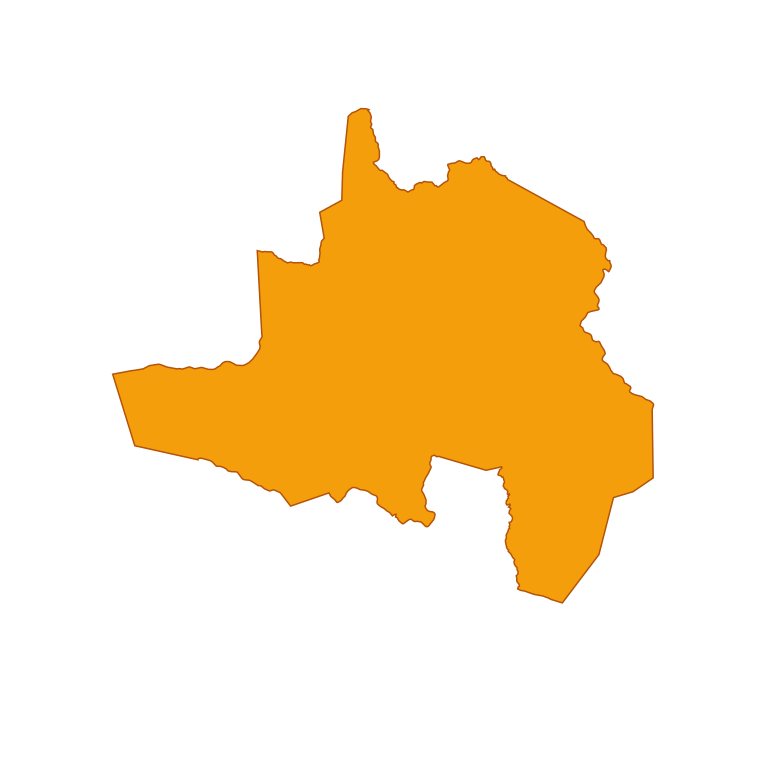 Moroceli, El Paraíso, Honduras (orthographic projection), rotated 250°
{"feature_id": "27666195B80695499331082", "entity_name": "Moroceli", "entity_type": "district", "adm_level": 2, "iso_a3": "HND", "parent_name": "Honduras", "parent_adm1": "El Paraíso", "projection": "orthographic", "projection_center": [-86.851, 14.169], "detail": "fine", "context": "isolated", "style": "filled", "palette": "amber", "viewbox_px": 768, "rotation_deg": 250, "n_neighbors": 0, "source": "geoboundaries", "source_scale": "gbopen_adm2", "svg_char_len": 6171}
<svg xmlns="http://www.w3.org/2000/svg" viewBox="0 0 768 768"><g transform="rotate(250 384 384)"><path d="M422.7,638.3L423.0,637.2L423.7,636.5L426.1,635.5L427.1,635.4L428.5,635.7L431.9,637.4L433.9,638.9L436.0,639.3L439.8,637.6L440.4,636.8L441.4,636.1L445.6,636.0L446.6,635.7L447.4,634.7L448.3,632.0L449.0,631.4L451.9,631.1L454.8,630.2L459.7,627.9L464.1,627.4L468.2,627.6L533.8,570.2L535.5,570.0L536.9,569.1L538.0,569.4L539.4,566.6L541.8,563.9L544.7,562.5L545.5,561.7L548.1,561.4L548.2,561.0L547.8,560.3L548.4,559.6L549.8,560.0L551.2,559.8L552.5,559.3L554.7,559.8L556.2,559.7L557.3,559.0L558.0,557.2L559.0,556.2L559.9,556.0L562.5,556.1L563.3,555.8L563.9,554.4L564.2,552.8L564.0,552.2L562.8,551.0L562.5,549.7L564.7,548.8L564.8,545.5L564.2,543.7L562.5,541.8L562.2,539.8L563.6,536.3L567.3,532.2L568.0,531.0L568.1,529.9L567.4,526.7L568.3,522.6L568.5,519.1L568.1,518.8L567.2,518.7L562.8,518.9L561.9,518.2L561.3,517.2L557.8,514.9L555.0,514.5L553.7,513.9L553.1,512.8L552.7,509.6L550.5,502.9L550.8,501.9L552.6,500.9L552.9,499.6L557.3,498.1L558.7,494.4L560.5,491.2L560.6,490.2L559.9,488.1L560.8,487.3L561.1,486.3L560.7,482.1L559.9,480.4L557.8,479.4L556.8,478.5L556.8,475.5L556.2,472.2L559.5,469.4L560.4,466.8L562.2,464.6L563.0,464.1L563.8,464.0L564.5,463.0L567.0,463.2L568.9,461.8L570.7,462.5L572.0,460.9L574.7,459.7L576.2,459.3L579.9,459.0L585.3,455.5L585.7,454.9L585.7,454.0L586.6,453.0L591.7,451.3L593.7,450.0L595.0,449.7L595.7,449.7L596.0,450.1L596.1,453.8L596.7,455.5L597.4,456.4L599.1,457.4L604.3,459.3L609.4,459.7L611.2,460.6L612.4,460.4L615.0,458.9L618.8,460.3L621.9,459.5L627.0,460.5L629.4,459.1L630.5,459.5L631.2,460.6L631.8,461.0L632.8,461.3L635.5,461.2L639.2,463.4L643.4,463.5L646.6,462.4L646.8,463.7L647.8,462.8L649.0,460.7L650.7,456.4L649.7,450.5L649.8,446.9L647.8,442.0L597.4,417.6L571.1,407.2L567.3,382.3L541.5,377.7L539.8,374.5L538.9,373.6L536.3,372.3L532.5,369.6L528.7,368.6L523.9,366.1L522.7,365.0L521.5,365.1L520.8,364.7L520.5,363.5L520.6,359.4L520.2,357.6L520.2,355.6L521.5,354.6L522.0,353.2L523.5,351.3L523.7,350.2L525.5,349.2L526.1,348.4L528.8,340.5L530.5,337.9L530.8,334.7L534.4,331.6L537.1,329.8L537.8,328.3L538.9,327.2L541.1,326.5L542.6,325.1L544.8,324.7L546.4,323.8L547.0,322.7L548.3,319.1L549.1,317.8L549.7,314.9L552.7,310.5L472.3,286.1L470.7,285.9L469.8,285.3L466.8,281.6L464.7,280.8L461.7,280.5L459.4,279.1L456.2,275.0L452.3,269.1L450.3,264.5L449.6,260.3L449.6,257.8L452.0,251.9L457.5,246.9L458.8,244.3L459.3,242.2L459.1,239.9L457.1,235.9L456.9,233.8L456.0,230.5L456.2,228.2L457.9,223.9L462.0,218.3L463.0,211.4L466.4,207.4L466.8,205.6L466.9,199.8L468.6,196.7L468.9,194.8L474.1,185.9L478.7,180.6L479.7,178.9L481.5,169.8L480.6,162.9L482.0,155.1L482.9,151.2L486.0,132.4L411.2,128.7L376.4,183.3L377.2,183.6L377.5,184.0L376.9,186.7L374.3,190.6L371.2,194.7L369.7,195.9L364.2,198.3L362.5,202.1L361.2,203.9L358.2,206.8L356.2,207.4L355.2,208.4L353.7,210.8L352.9,213.1L351.4,216.0L344.0,218.2L342.9,218.8L341.9,219.9L339.6,224.5L338.5,225.8L331.6,231.0L330.5,233.4L326.4,235.9L323.1,239.3L322.5,240.3L322.5,243.1L322.2,244.3L317.3,249.4L301.2,254.5L300.5,295.0L296.5,295.6L292.3,298.1L289.0,299.2L288.5,300.0L289.1,303.6L291.1,306.9L291.8,308.8L294.6,311.5L296.2,314.1L297.5,318.6L296.9,320.8L295.3,323.1L292.9,325.4L291.0,329.2L288.7,332.1L284.4,335.2L281.6,338.4L280.4,338.8L278.8,338.8L274.8,336.8L273.2,337.0L270.1,338.8L267.1,341.4L263.3,343.6L261.3,345.4L257.2,346.8L257.7,348.9L257.5,350.7L255.0,349.4L254.7,350.0L253.8,350.6L250.2,351.3L246.6,353.4L246.2,353.9L246.1,354.6L247.8,360.2L248.0,361.8L247.9,362.7L247.1,363.6L244.5,365.3L243.4,368.7L241.5,371.8L236.3,374.2L235.6,374.8L235.1,375.8L235.2,376.8L235.7,378.0L239.6,384.3L241.3,385.8L244.1,387.4L245.6,387.2L247.0,386.2L248.8,383.0L249.9,381.9L251.2,381.2L253.2,380.7L255.0,380.8L257.4,382.6L260.9,383.9L266.7,383.7L270.7,382.9L271.6,383.0L273.2,384.3L275.3,386.5L278.2,387.4L278.9,388.5L281.3,390.7L284.8,395.0L289.3,399.6L290.4,400.0L292.3,399.6L293.7,399.8L296.8,402.3L299.1,403.2L299.9,404.3L299.8,407.2L297.9,408.4L297.4,409.3L297.5,410.3L268.0,450.4L265.9,466.2L265.4,466.2L264.4,465.6L263.7,463.1L262.8,462.7L261.0,460.8L259.7,460.1L259.0,460.5L257.9,462.4L256.2,462.9L255.8,464.0L250.6,463.7L248.9,462.0L247.0,461.1L245.7,461.6L244.5,461.4L243.1,462.8L241.3,463.5L240.2,463.4L239.1,462.5L238.2,462.4L237.7,462.8L238.0,464.0L237.5,464.3L236.8,463.8L236.2,462.1L234.3,462.0L233.9,460.9L232.7,460.1L232.5,459.2L230.3,458.0L228.7,457.9L228.2,458.2L228.0,459.8L228.2,461.0L227.8,461.3L226.7,460.9L225.8,458.9L223.9,460.5L223.4,460.5L221.8,458.4L219.8,457.3L215.8,459.0L214.1,458.9L212.7,458.2L211.0,456.4L211.1,454.2L208.5,454.1L207.2,452.7L205.4,452.9L205.0,451.3L203.6,450.5L200.2,447.1L197.2,446.3L196.1,445.0L194.7,444.3L188.0,443.3L186.3,443.7L185.3,444.3L184.1,443.5L181.3,445.0L176.6,445.7L174.6,446.7L174.0,446.7L172.6,445.4L170.4,444.9L167.7,445.4L166.4,446.1L165.8,446.2L164.0,445.5L162.1,445.8L161.2,445.6L159.4,444.6L158.6,442.7L155.9,442.3L153.6,441.4L152.0,441.5L150.1,442.3L148.2,442.3L147.6,441.8L147.4,440.8L145.7,439.5L143.3,441.9L141.4,445.2L135.0,453.0L130.6,460.6L126.6,465.3L124.5,467.2L117.3,476.7L150.2,527.6L198.8,560.8L197.6,581.2L203.7,604.8L267.5,627.0L268.5,627.4L272.2,630.2L272.9,630.3L274.1,630.0L277.1,628.2L280.1,624.6L283.9,622.2L288.0,616.2L290.2,613.8L292.4,612.3L292.9,612.2L293.5,612.4L295.8,614.6L297.4,614.6L301.3,611.8L302.6,610.3L307.2,610.5L310.0,609.3L313.5,605.7L315.3,603.1L319.5,601.8L322.6,601.6L326.2,600.8L331.1,597.4L332.5,597.5L333.8,598.2L335.1,599.7L336.3,601.7L337.1,602.3L340.3,602.5L345.7,601.3L349.8,600.9L350.7,600.2L350.9,598.6L351.5,597.1L353.3,595.4L354.6,595.0L358.1,595.4L359.4,595.2L361.1,594.1L363.3,591.4L364.4,590.3L365.7,589.9L368.9,589.9L371.7,588.1L375.6,590.9L377.9,596.0L381.4,599.9L381.4,603.4L380.4,610.4L380.7,611.6L382.0,611.9L383.7,611.3L384.6,611.4L385.5,611.9L387.9,614.1L390.1,615.0L393.0,614.6L397.6,613.1L398.8,613.1L399.7,613.4L402.5,616.7L404.9,622.3L409.2,626.9L410.4,627.8L412.2,628.5L415.8,628.5L416.6,629.0L416.7,630.0L416.1,631.2L414.8,632.4L412.8,633.4L413.0,634.1L413.9,635.1L415.7,636.9L417.1,637.8L418.5,638.0L421.4,637.8L422.7,638.3Z" fill="#f59e0b" stroke="#b45309" stroke-width="1.5"/></g></svg>